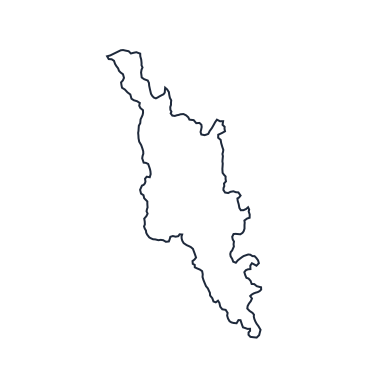 the district of Vargem Alta, Espírito Santo, Brazil, rotated 154°
{"feature_id": "56859067B87559017000874", "entity_name": "Vargem Alta", "entity_type": "district", "adm_level": 2, "iso_a3": "BRA", "parent_name": "Brazil", "parent_adm1": "Espírito Santo", "projection": "natural_earth1", "projection_center": [-41.009, -20.648], "detail": "fine", "context": "isolated", "style": "outline", "palette": "slate", "viewbox_px": 384, "rotation_deg": 154, "n_neighbors": 0, "source": "geoboundaries", "source_scale": "gbopen_adm2", "svg_char_len": 4353}
<svg xmlns="http://www.w3.org/2000/svg" viewBox="0 0 384 384"><g transform="rotate(154 192 192)"><path d="M203.8,38.9L203.0,36.2L200.4,34.5L197.7,32.8L194.4,33.9L192.4,36.3L190.8,38.1L191.1,42.2L191.7,45.4L191.8,48.0L191.6,50.7L191.1,52.9L190.1,54.6L190.6,56.8L192.4,59.9L193.4,63.0L192.0,65.1L189.8,66.7L187.0,68.1L184.8,70.0L185.3,73.0L183.4,73.6L181.1,73.8L178.9,73.6L176.8,73.2L174.6,73.3L172.6,74.0L171.7,76.1L173.2,77.3L175.1,79.0L176.4,81.9L178.7,83.2L178.3,86.4L179.1,89.4L180.7,91.0L180.6,93.8L180.1,97.0L177.9,98.1L175.7,98.0L173.3,97.1L171.9,100.2L169.4,101.7L167.9,99.7L166.4,97.5L163.1,98.7L162.6,101.6L163.1,104.5L163.9,106.9L165.8,107.9L167.1,110.1L168.9,111.2L171.2,111.5L173.7,111.8L175.9,111.5L178.0,111.1L180.8,110.5L183.6,109.2L185.5,111.3L185.2,114.3L185.5,117.2L184.8,119.5L183.4,121.1L181.6,121.8L180.0,123.2L178.3,124.6L177.5,126.9L176.0,129.1L176.2,131.5L175.5,134.1L173.1,136.0L171.2,135.3L169.1,134.0L167.1,132.8L164.6,133.1L162.9,134.0L160.9,136.0L159.3,139.3L158.1,141.3L157.4,143.4L154.0,144.0L151.5,143.6L150.0,146.5L149.6,149.6L148.3,151.2L148.3,153.7L150.7,153.0L153.7,153.1L156.1,154.2L156.4,156.9L155.4,160.5L154.8,164.0L154.0,166.3L152.2,166.4L149.9,167.5L150.5,171.3L152.7,172.6L154.5,174.5L157.4,175.3L159.9,175.2L162.5,177.0L162.9,180.0L161.9,181.8L160.4,183.1L159.5,185.6L156.8,186.7L156.1,189.1L155.0,191.2L155.7,193.5L156.1,195.8L154.6,199.4L153.2,201.8L151.9,204.1L151.2,206.3L149.8,208.6L148.5,210.7L148.0,212.8L146.5,214.5L145.4,216.1L145.0,219.2L144.3,223.3L143.4,226.3L144.7,229.3L143.3,232.0L140.6,231.9L138.8,231.9L135.7,232.1L135.1,234.5L134.1,236.3L135.1,239.0L133.0,242.0L135.8,243.3L137.9,246.1L140.6,244.6L143.4,242.6L146.2,240.7L149.3,239.1L151.9,237.1L154.1,237.3L155.8,237.6L158.4,239.6L158.0,242.2L156.4,244.1L154.8,246.2L154.1,248.3L155.0,250.8L158.0,252.0L159.0,255.9L161.1,257.2L162.6,258.2L162.6,260.8L163.7,263.5L165.5,265.8L168.3,266.9L170.1,267.1L171.9,267.6L174.1,267.9L176.2,269.3L176.7,272.0L175.3,273.2L175.4,275.3L174.3,277.9L172.7,279.5L171.8,281.4L170.5,283.5L170.6,286.3L169.9,289.2L169.0,291.9L169.4,295.1L170.4,297.5L171.7,295.4L172.9,293.3L174.8,292.3L176.8,292.3L179.3,292.2L181.5,292.0L183.4,292.0L184.9,293.6L185.6,295.8L185.8,298.2L185.3,300.4L184.8,302.7L183.9,306.3L182.9,308.9L182.9,311.6L185.6,314.4L187.0,317.0L186.2,319.3L185.4,321.7L183.7,324.1L181.9,325.6L181.8,328.1L180.8,330.0L179.6,333.3L179.0,336.6L177.9,339.1L179.4,340.6L180.7,342.0L182.9,342.6L186.2,343.3L187.2,346.3L189.6,348.1L191.7,349.8L193.9,350.6L200.7,350.6L203.3,350.6L205.7,350.6L208.8,351.2L208.6,348.0L206.0,346.5L204.6,344.1L205.0,340.9L204.8,338.4L204.2,335.5L204.5,333.0L203.8,330.7L202.4,328.1L203.1,324.4L205.2,322.6L207.7,321.6L208.6,318.8L209.2,316.4L207.4,313.5L206.3,309.8L204.7,306.7L205.1,304.5L205.5,302.4L204.1,300.0L201.6,297.7L199.9,294.9L201.6,292.7L201.6,290.1L200.2,287.0L201.3,284.6L202.7,282.8L204.4,281.4L206.4,279.8L208.4,276.5L210.7,274.9L212.1,272.5L213.3,270.4L214.5,268.7L215.4,266.3L216.5,263.7L217.4,260.4L217.1,256.4L217.5,252.9L218.0,250.0L219.0,247.7L220.6,246.1L222.0,244.1L222.3,241.7L222.6,239.6L220.7,238.4L219.1,236.4L219.5,233.0L219.8,230.8L220.3,228.8L221.3,226.2L223.5,223.8L226.0,225.6L228.4,224.5L229.3,221.7L230.7,220.3L232.4,219.6L234.2,219.7L235.6,218.5L237.7,216.7L238.5,212.9L237.0,210.4L237.7,207.3L237.0,205.2L236.3,203.1L237.5,200.6L238.7,197.6L240.0,196.3L241.3,194.6L241.4,192.0L243.6,190.3L246.6,189.0L247.5,186.0L248.6,183.5L250.2,182.1L250.5,179.8L250.3,177.5L251.0,175.5L251.0,173.4L250.3,169.9L249.0,168.1L247.7,166.6L245.8,165.5L243.3,163.4L241.1,162.7L239.0,161.3L237.3,158.7L234.5,157.7L232.8,159.3L231.1,161.2L228.5,160.8L226.3,159.0L223.7,158.3L221.7,159.4L219.5,158.1L220.9,156.6L221.7,154.7L222.1,152.5L221.9,149.7L220.1,146.6L218.5,144.7L217.2,143.0L216.1,140.5L216.6,135.3L217.1,131.3L219.4,130.2L221.8,129.7L222.8,127.1L221.5,125.3L222.5,123.1L221.1,121.3L218.9,118.8L217.6,116.4L218.4,113.4L219.8,111.0L220.3,107.8L220.5,104.8L220.7,101.2L220.0,98.4L220.1,95.9L220.1,93.6L221.1,91.0L220.3,87.6L220.7,84.2L219.0,82.4L216.3,82.9L216.0,80.4L216.9,76.5L216.2,73.3L213.4,71.3L213.0,67.7L214.6,65.5L215.1,62.5L214.9,59.4L213.8,57.6L212.1,56.1L209.5,54.5L206.4,56.5L204.6,55.5L205.0,52.7L205.3,50.3L205.5,48.0L203.9,46.5L202.1,44.6L199.8,43.6L200.7,41.7L202.7,41.0L203.8,38.9Z" fill="none" stroke="#1e293b" stroke-width="2"/></g></svg>